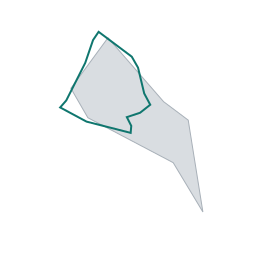 Western on a map of American Samoa (Equal Earth projection), rotated 75°
{"feature_id": "ASM-5002", "entity_name": "Western", "entity_type": "state/province", "adm_level": 1, "iso_a3": "ASM", "parent_name": "American Samoa", "parent_adm1": "", "projection": "equal_earth", "projection_center": [-170.747, -14.332], "detail": "fine", "context": "in_parent", "style": "outline", "palette": "teal", "viewbox_px": 256, "rotation_deg": 75, "n_neighbors": 0, "source": "natural_earth", "source_scale": "10m", "svg_char_len": 489}
<svg xmlns="http://www.w3.org/2000/svg" viewBox="0 0 256 256"><g transform="rotate(75 128 128)"><path d="M107.7,164.1L74.9,172.9L35.7,124.0L111.8,86.8L136.0,67.8L228.5,77.4L173.2,93.3L107.7,164.1Z" fill="#d9dde1" stroke="#a8b0b8" stroke-width="1"/><path d="M133.4,126.7L111.1,166.4L90.6,188.2L85.4,180.5L54.1,152.5L34.0,139.0L27.5,131.5L60.1,105.9L72.3,102.7L98.8,103.4L111.3,100.5L116.4,112.4L117.2,126.3L126.8,124.3L133.4,126.7Z" fill="none" stroke="#0f766e" stroke-width="2"/></g></svg>